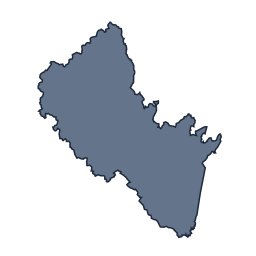 Ballinamore-Lea-6, Leitrim, Ireland (Mercator projection), rotated 186°
{"feature_id": "5873133B64566250281518", "entity_name": "Ballinamore-Lea-6", "entity_type": "district", "adm_level": 2, "iso_a3": "IRL", "parent_name": "Ireland", "parent_adm1": "Leitrim", "projection": "mercator", "projection_center": [-7.852, 54.028], "detail": "fine", "context": "isolated", "style": "filled", "palette": "slate", "viewbox_px": 256, "rotation_deg": 186, "n_neighbors": 0, "source": "geoboundaries", "source_scale": "gbopen_adm2", "svg_char_len": 5826}
<svg xmlns="http://www.w3.org/2000/svg" viewBox="0 0 256 256"><g transform="rotate(186 128 128)"><path d="M53.7,29.9L54.4,31.0L55.3,31.2L55.5,32.2L54.6,33.2L54.6,34.6L54.0,33.6L53.4,34.2L52.8,33.8L52.4,34.7L52.9,35.2L51.7,35.3L52.2,36.5L51.6,37.1L51.7,37.7L51.1,37.8L51.3,38.3L50.9,39.0L51.0,40.5L52.2,41.8L51.5,42.9L51.2,46.7L50.4,48.6L49.3,70.7L47.0,96.5L50.5,100.7L49.8,102.2L47.7,104.1L46.1,107.0L45.8,109.1L44.7,109.5L43.2,110.8L42.0,113.5L40.4,113.4L40.4,112.6L39.8,112.1L38.3,112.4L39.1,113.6L38.9,114.8L38.5,116.1L36.8,118.6L34.3,124.5L35.0,125.7L35.0,127.1L34.4,129.0L35.0,130.8L35.6,131.7L36.4,131.4L37.5,129.9L38.2,127.9L38.6,125.6L39.5,124.6L40.3,124.2L43.1,124.0L44.5,126.9L46.2,126.5L48.2,123.2L47.9,123.0L49.2,121.8L50.9,120.9L51.4,121.1L51.8,122.5L52.9,121.3L53.5,121.5L53.9,121.9L54.2,123.5L53.8,123.7L53.3,124.5L54.1,125.6L54.4,127.1L54.0,127.1L53.7,127.6L53.8,129.1L52.8,130.0L52.5,130.7L51.5,131.1L51.2,130.4L50.7,130.3L50.7,131.2L49.7,137.4L51.0,137.4L52.8,136.7L59.0,132.4L60.2,132.1L60.4,131.7L60.4,130.3L59.1,127.7L62.8,128.3L65.1,127.2L66.1,130.7L66.1,132.2L65.3,132.5L66.1,134.2L65.8,134.8L65.9,135.6L65.7,136.3L64.4,136.9L62.7,136.2L62.9,138.4L62.0,140.1L62.2,141.8L61.9,142.4L63.3,144.1L63.7,145.2L64.6,144.7L65.8,144.9L65.9,145.6L66.7,145.9L66.7,147.2L68.6,147.5L68.9,148.4L69.5,148.2L69.9,147.0L71.2,145.6L73.0,145.1L73.5,144.4L73.3,143.3L76.5,141.1L78.4,138.5L80.5,137.5L80.4,135.8L81.0,133.9L82.6,134.5L86.6,134.6L88.0,135.6L88.6,136.9L91.0,138.0L93.0,137.2L92.9,135.0L94.0,133.8L95.2,130.7L95.6,130.7L97.0,132.2L98.4,131.9L98.3,132.5L97.4,133.1L97.9,135.5L100.0,135.4L102.5,137.1L103.0,136.8L103.6,138.3L104.3,138.8L103.9,139.7L104.0,141.1L103.7,142.4L103.0,143.6L102.9,144.7L102.4,145.2L101.5,148.4L101.9,151.6L102.3,152.1L102.4,153.1L102.0,154.4L100.5,155.6L100.4,157.0L100.7,158.1L102.6,157.3L105.4,157.0L105.2,156.2L104.4,155.2L103.6,154.9L103.3,153.9L102.4,153.1L103.3,152.5L103.8,152.3L105.2,152.9L106.2,154.3L108.6,154.6L109.8,153.3L110.1,151.0L112.0,150.4L112.4,151.2L113.0,151.4L113.0,150.3L113.4,149.9L113.5,149.0L114.0,149.0L115.1,152.4L116.2,153.8L116.8,155.6L116.6,156.2L115.0,157.7L115.2,158.7L118.0,161.9L119.1,162.4L120.0,164.5L121.1,162.8L122.4,162.2L124.8,162.3L125.0,163.7L126.0,165.3L129.8,168.2L129.9,168.5L129.0,170.1L128.2,172.8L127.4,173.3L127.3,175.1L127.7,179.6L128.1,180.2L127.1,182.8L127.3,185.2L128.3,186.4L128.9,191.1L129.3,191.2L129.9,192.8L131.4,194.3L131.5,195.7L132.9,195.9L132.7,196.6L134.0,196.9L134.9,197.6L136.0,199.3L136.4,200.6L137.6,201.2L138.0,205.9L137.5,205.9L138.3,209.5L138.8,209.6L139.6,211.4L140.4,210.8L142.0,214.0L141.3,216.5L142.1,216.4L144.3,219.7L144.2,222.9L145.1,226.1L147.4,226.3L148.0,227.5L149.2,227.6L150.5,228.9L151.9,229.3L154.2,229.2L156.0,231.0L156.8,231.4L158.5,229.0L158.8,227.9L157.4,225.1L160.2,223.9L160.5,223.5L160.0,221.5L161.5,220.9L162.1,221.9L165.0,223.5L165.5,222.5L167.0,222.3L167.6,221.8L168.5,220.2L169.2,215.9L173.9,214.3L175.0,212.7L174.3,210.2L174.4,209.1L174.7,208.4L176.9,208.7L177.9,208.3L178.4,207.8L179.4,205.6L181.4,205.7L182.4,204.9L182.4,203.8L181.8,201.7L181.9,199.9L181.7,198.3L182.2,197.0L183.3,196.5L184.0,197.3L185.2,197.2L186.9,197.8L191.0,195.1L190.4,192.8L190.7,190.8L193.4,190.1L193.7,189.3L193.5,187.9L193.6,187.0L194.6,185.1L196.2,184.5L197.0,182.8L197.6,182.2L198.6,182.5L199.6,184.7L203.1,183.8L204.2,184.7L206.0,185.0L208.6,186.3L211.5,185.8L212.1,184.5L211.2,184.3L210.9,183.2L214.1,177.7L214.1,177.2L214.5,176.7L215.9,177.0L217.2,175.0L218.8,174.2L220.6,172.4L220.9,171.4L221.0,169.2L220.2,168.2L218.2,166.9L218.2,165.4L218.6,164.5L219.9,164.2L221.2,162.9L221.1,161.9L221.7,160.5L221.4,157.8L219.8,157.4L219.5,156.4L218.4,155.5L216.0,154.7L215.7,153.5L216.2,150.8L216.8,150.3L217.0,149.4L218.1,148.8L218.3,147.6L217.8,144.7L218.4,143.9L217.6,142.2L216.7,141.8L216.7,140.8L216.2,139.3L215.2,138.1L217.9,136.3L218.5,135.4L217.4,135.4L216.9,134.2L217.0,133.1L216.4,132.8L215.5,131.1L212.8,130.3L212.8,129.9L211.8,129.0L210.7,129.8L211.2,131.7L211.6,132.2L211.4,132.8L211.6,133.5L211.3,133.9L210.0,133.5L208.8,134.1L206.7,132.8L205.7,133.1L202.7,131.2L200.9,131.6L200.6,129.4L200.1,128.4L198.6,128.2L198.7,124.9L199.6,123.2L200.9,122.9L202.0,121.1L202.9,121.0L201.9,118.8L200.5,117.7L199.6,117.6L199.0,118.2L197.7,120.4L195.6,118.8L195.9,115.1L194.6,110.3L192.5,110.5L192.1,110.1L191.8,109.0L191.3,108.7L189.2,110.7L188.0,109.7L187.8,108.2L185.6,108.5L184.5,107.9L183.9,106.5L184.1,105.6L183.6,104.1L183.8,103.7L183.6,102.9L183.0,103.0L182.2,102.2L182.1,101.6L179.5,100.3L178.1,96.2L175.6,92.7L174.1,93.5L171.1,92.4L169.6,92.5L169.3,92.8L168.9,92.5L167.5,94.0L165.4,93.6L165.4,91.6L165.7,89.8L165.0,87.7L165.2,86.9L164.6,86.3L162.3,86.9L160.3,85.9L160.2,85.3L159.8,84.7L160.0,82.5L159.7,82.1L160.1,81.5L157.8,81.3L158.5,80.0L158.1,78.9L156.1,78.3L155.9,77.0L155.6,76.7L152.9,78.3L150.1,77.7L147.4,78.0L146.6,77.8L146.2,77.5L145.6,74.6L144.4,74.6L143.7,73.3L143.8,72.5L143.2,72.2L142.0,72.5L140.5,74.2L140.0,75.2L140.2,76.1L136.8,77.9L136.6,78.2L136.8,78.5L135.8,79.7L136.2,81.1L137.2,81.1L137.7,81.8L137.0,82.6L133.7,85.0L133.0,84.3L130.4,83.7L130.7,82.5L131.0,82.3L127.4,80.5L124.5,78.5L123.2,76.8L120.2,74.4L121.3,73.8L123.2,71.7L122.8,70.8L119.3,68.6L118.1,68.5L115.7,67.5L114.8,67.3L114.2,67.9L111.6,65.3L111.4,64.3L111.8,62.7L109.7,61.0L109.4,60.4L107.4,60.4L108.0,59.6L109.3,56.5L104.6,52.6L103.1,48.8L100.5,48.4L98.9,44.2L97.9,43.6L96.4,43.7L95.7,42.8L95.3,40.7L92.5,39.7L90.6,39.5L88.8,38.1L85.5,33.0L82.1,33.1L79.6,34.2L77.3,33.1L75.5,33.3L72.3,32.4L71.4,31.8L71.2,30.8L70.2,30.7L68.9,29.2L68.1,28.8L68.0,26.7L67.5,26.0L66.4,25.8L66.1,24.6L63.2,25.6L62.8,26.7L63.0,27.2L60.2,27.4L59.4,27.7L59.3,28.3L59.0,27.6L59.1,27.0L57.2,25.8L56.8,26.1L57.2,26.7L57.0,27.7L56.3,26.9L55.9,27.6L55.0,27.5L54.9,28.5L55.1,29.0L53.7,29.9Z" fill="#64748b" stroke="#1e293b" stroke-width="1.5"/></g></svg>